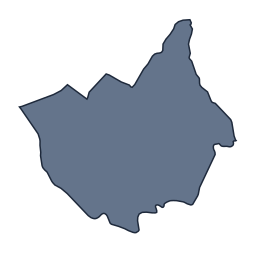 an SVG outline of Tlemcen, rotated 87°
{"feature_id": "DZA-2147", "entity_name": "Tlemcen", "entity_type": "Province", "adm_level": 1, "iso_a3": "DZA", "parent_name": "Algeria", "parent_adm1": "", "projection": "orthographic", "projection_center": [-1.349, 34.706], "detail": "fine", "context": "isolated", "style": "filled", "palette": "slate", "viewbox_px": 256, "rotation_deg": 87, "n_neighbors": 0, "source": "natural_earth", "source_scale": "10m", "svg_char_len": 2147}
<svg xmlns="http://www.w3.org/2000/svg" viewBox="0 0 256 256"><g transform="rotate(87 128 128)"><path d="M101.3,235.3L100.9,232.9L90.7,200.6L87.1,192.8L81.6,186.2L97.0,167.5L95.4,166.6L90.2,164.9L72.9,147.0L74.1,144.0L81.7,132.3L85.2,124.4L87.1,123.0L87.6,121.7L85.0,119.0L70.0,109.3L65.1,104.7L57.6,99.9L55.6,97.5L54.9,95.1L54.8,92.7L54.2,90.6L52.4,89.2L46.0,88.6L41.2,85.4L36.7,81.1L31.4,77.2L27.1,75.5L24.5,72.0L23.2,67.4L23.1,60.5L26.3,59.3L26.9,59.5L27.4,59.6L27.8,59.9L28.3,60.6L32.5,58.5L37.4,59.7L42.6,61.9L47.4,63.2L56.7,61.9L59.9,63.0L61.1,63.3L62.1,62.9L64.6,60.9L78.0,57.1L81.7,54.4L82.9,54.1L87.2,54.2L89.1,53.8L91.3,52.2L96.1,46.7L105.2,43.6L106.8,42.6L108.0,39.5L125.0,25.0L127.8,24.0L141.4,22.5L145.1,21.4L145.9,21.0L146.2,20.7L146.4,21.0L146.5,22.7L146.7,23.3L147.2,23.7L148.3,23.5L149.3,23.5L150.3,23.8L151.1,24.5L151.9,25.9L152.1,27.0L152.0,28.1L151.5,30.1L151.3,34.2L151.1,35.0L150.9,35.5L150.5,36.1L148.6,37.6L148.3,38.3L148.6,39.9L148.8,41.7L149.0,42.6L149.7,43.3L150.6,43.7L152.4,43.8L153.6,43.6L154.6,43.3L155.3,42.9L157.1,42.4L158.1,42.4L159.1,42.4L191.1,59.6L197.9,61.3L198.9,61.8L199.4,62.0L207.6,67.4L208.0,68.3L208.1,69.4L206.8,72.8L205.3,75.3L204.7,76.5L203.1,83.2L202.8,86.6L202.8,89.0L202.9,90.0L203.9,92.8L204.8,94.6L205.7,95.7L206.4,96.0L206.9,96.0L207.5,96.1L208.3,96.4L209.0,97.2L209.0,98.1L206.9,101.0L206.3,102.5L206.5,104.0L207.3,104.6L208.5,104.6L210.4,104.0L212.3,103.6L213.8,103.8L214.2,105.3L214.0,108.3L213.0,114.1L213.0,118.3L214.5,121.4L217.5,122.9L221.2,123.3L230.4,122.3L231.1,122.7L231.7,123.3L232.9,125.5L232.9,126.7L232.5,128.4L230.5,132.9L228.4,136.5L225.7,142.6L223.3,149.4L222.8,150.1L222.4,150.6L221.3,151.1L214.9,153.3L213.3,154.3L212.2,155.7L212.0,157.2L212.5,158.4L213.2,159.4L214.7,161.0L215.3,161.7L216.1,163.1L216.4,163.8L216.7,164.8L216.8,165.6L216.7,166.8L216.2,168.2L215.6,169.6L213.4,172.3L190.3,192.1L184.7,198.1L181.1,204.0L178.5,206.1L176.8,207.1L168.0,211.0L167.3,211.6L165.5,213.4L163.5,214.9L162.4,215.4L160.9,215.8L151.1,216.8L147.8,216.4L140.7,216.8L136.4,216.5L134.4,216.7L129.1,218.1L103.3,233.9L101.3,235.3Z" fill="#64748b" stroke="#1e293b" stroke-width="1.5"/></g></svg>